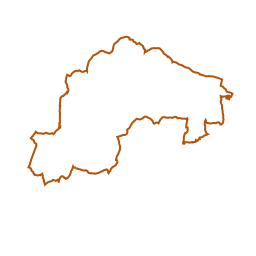 Varbilau, Prahova, Romania (Robinson projection), rotated 294°
{"feature_id": "2599482B35718345060420", "entity_name": "Varbilau", "entity_type": "district", "adm_level": 2, "iso_a3": "ROU", "parent_name": "Romania", "parent_adm1": "Prahova", "projection": "robinson", "projection_center": [25.962, 45.161], "detail": "fine", "context": "isolated", "style": "outline", "palette": "amber", "viewbox_px": 256, "rotation_deg": 294, "n_neighbors": 0, "source": "geoboundaries", "source_scale": "gbopen_adm2", "svg_char_len": 5808}
<svg xmlns="http://www.w3.org/2000/svg" viewBox="0 0 256 256"><g transform="rotate(294 128 128)"><path d="M210.5,194.3L210.7,192.8L210.5,192.2L210.3,189.3L209.7,184.7L208.5,181.5L208.3,180.5L207.6,179.7L207.2,178.8L206.3,172.9L206.1,172.3L206.4,172.1L206.2,171.6L206.9,170.0L206.9,169.7L206.0,166.2L205.9,164.0L206.6,162.3L207.4,159.2L206.8,154.7L207.3,152.4L207.1,152.3L207.2,151.5L206.8,148.7L207.1,147.7L207.4,145.4L207.1,143.1L206.6,142.1L206.2,141.9L207.0,141.5L208.6,139.2L209.7,135.9L209.1,135.5L210.1,133.4L210.4,130.6L210.9,129.9L211.5,129.7L213.6,124.7L213.3,123.2L212.1,120.8L211.7,119.5L210.2,117.0L209.7,117.0L209.2,116.4L207.9,115.7L206.4,114.2L205.8,114.1L204.6,113.1L205.0,112.5L204.4,112.4L206.6,111.6L206.7,110.4L207.3,110.1L207.5,109.4L208.1,109.3L208.8,108.3L209.2,107.3L209.5,105.7L210.1,104.5L210.1,104.2L209.9,103.9L210.1,103.7L209.6,103.3L209.3,102.8L208.8,102.5L208.2,101.7L208.8,100.8L209.3,99.3L209.2,97.9L209.6,97.4L210.3,96.9L210.5,96.5L210.4,96.0L210.1,95.0L209.6,94.4L209.5,93.5L210.5,92.7L211.0,92.6L211.0,90.3L210.6,89.3L210.0,88.3L207.1,84.9L205.4,83.9L203.6,83.6L201.3,82.5L201.2,82.3L200.0,81.8L199.3,81.4L198.4,81.3L196.0,81.6L194.5,82.1L192.0,82.4L191.0,82.1L189.1,80.9L188.4,80.3L188.5,79.4L188.3,78.6L188.3,77.6L188.0,75.7L188.3,74.8L188.3,74.2L188.2,73.5L187.6,72.4L186.0,70.8L184.0,70.1L183.7,69.6L182.1,68.6L180.0,66.7L177.1,66.3L173.7,65.2L172.9,65.1L168.5,65.8L167.2,66.1L166.1,66.1L163.1,67.5L163.4,66.9L162.5,65.4L160.9,64.1L160.7,63.4L160.6,62.2L161.0,60.2L160.1,59.6L159.7,58.5L158.6,56.5L156.0,55.0L154.7,54.6L153.0,54.5L152.3,54.3L151.7,53.4L151.9,52.4L151.9,50.8L148.6,51.2L146.0,52.0L145.2,51.9L141.6,55.7L141.0,55.7L140.5,55.9L139.0,57.8L138.5,58.2L137.0,58.5L135.3,58.3L135.7,57.5L133.9,57.3L133.0,56.8L132.6,56.3L131.9,56.3L130.8,55.8L130.0,54.6L127.8,54.0L127.2,54.4L126.1,54.6L125.2,55.2L123.1,55.7L122.2,56.2L120.8,56.5L120.8,56.9L119.7,57.2L119.6,57.4L117.3,58.1L115.2,58.9L114.6,59.5L111.1,61.0L107.1,62.7L105.1,63.7L104.4,63.9L104.3,63.4L102.4,64.3L101.2,64.6L101.8,65.4L100.9,65.5L100.7,65.8L96.5,63.6L95.4,63.2L93.4,62.9L92.1,62.4L92.5,60.9L90.6,58.5L90.3,55.0L88.8,53.7L87.9,52.3L87.8,50.8L87.3,49.9L86.7,47.9L86.8,46.2L87.1,45.3L85.2,45.1L83.4,44.5L82.0,44.4L81.4,44.0L79.2,43.4L78.7,44.8L78.6,46.4L78.4,46.9L77.4,47.7L76.5,48.8L76.4,49.1L76.3,50.4L76.2,50.6L74.6,51.5L61.0,52.3L52.7,53.4L52.6,53.0L51.6,53.1L51.7,54.0L51.6,55.5L51.3,55.7L50.9,56.5L49.9,57.1L49.5,57.8L49.4,59.0L49.0,59.6L48.2,59.9L47.9,60.7L47.1,61.8L47.8,62.7L47.7,63.6L47.9,64.9L49.0,66.2L49.3,67.2L51.3,68.3L49.3,69.8L49.0,69.8L47.5,70.9L47.1,71.2L47.0,71.7L45.6,72.7L45.0,72.8L44.9,73.2L42.4,75.2L43.9,75.8L45.6,76.8L46.1,77.1L48.6,80.0L50.1,80.5L50.4,83.6L50.9,84.1L52.1,84.6L52.4,85.3L50.7,86.4L50.7,86.6L54.3,86.2L56.1,86.5L57.0,87.1L57.3,87.9L57.3,88.4L57.1,89.2L56.5,90.3L56.8,91.4L56.3,91.9L56.6,92.3L57.5,93.1L60.7,93.9L62.9,94.0L65.4,93.6L67.6,93.8L70.4,93.5L69.9,94.0L69.8,94.6L70.5,95.6L70.2,96.3L70.0,97.6L70.4,98.3L70.3,99.5L70.7,101.1L71.1,104.8L72.2,106.7L72.1,107.0L72.3,107.4L72.1,108.0L72.1,108.6L71.5,109.1L71.0,110.3L71.2,111.4L71.2,111.9L72.1,113.4L72.0,113.8L72.3,114.9L73.0,116.3L73.0,116.8L75.1,119.5L76.4,120.4L77.9,122.0L78.9,122.8L79.6,123.1L80.6,124.5L81.3,125.0L81.2,125.3L81.4,125.8L81.1,126.8L80.1,127.7L79.2,128.1L78.8,128.6L80.6,128.9L81.7,129.3L83.3,129.0L84.2,129.2L86.1,129.8L87.1,130.7L88.9,131.9L90.6,132.0L91.7,132.4L92.1,132.4L92.6,132.2L93.3,131.5L94.1,131.0L93.9,130.1L94.6,129.8L97.7,129.3L98.9,129.4L100.0,129.7L101.6,129.5L104.4,129.5L106.3,129.0L107.7,128.4L110.2,126.3L112.1,125.3L112.8,124.5L113.6,123.9L115.5,121.9L115.9,122.5L117.2,123.7L117.9,124.8L119.5,126.0L120.1,127.5L120.8,128.5L122.2,129.2L123.1,129.3L123.9,129.2L124.8,128.8L126.0,127.9L128.6,129.3L129.4,129.5L132.0,129.4L135.2,130.1L135.8,130.6L136.8,130.7L137.6,131.3L139.8,132.0L140.2,132.8L140.4,134.9L141.1,135.9L142.7,137.5L144.2,138.0L145.4,138.9L145.6,139.5L145.8,141.9L145.5,142.6L145.6,144.8L144.5,147.5L142.7,149.5L142.6,149.8L142.7,150.4L142.9,150.6L144.0,151.1L144.4,151.5L144.9,152.9L144.7,154.0L147.5,154.0L149.1,154.2L152.0,155.3L152.8,157.2L153.3,159.8L154.9,162.5L155.0,163.1L155.3,163.7L155.3,164.4L156.8,165.8L157.6,167.0L157.7,167.9L157.1,168.9L157.1,169.4L158.1,171.3L158.4,172.9L159.1,175.0L159.5,175.7L159.8,177.0L161.0,178.2L160.4,178.7L159.4,179.0L159.2,178.8L158.7,179.1L157.2,179.5L156.3,179.5L153.1,180.5L152.2,180.9L152.5,181.3L152.7,182.3L151.1,182.9L149.8,183.7L147.8,183.5L146.9,182.8L146.6,182.8L146.6,182.5L146.3,182.6L145.2,182.2L142.1,182.8L139.9,183.8L137.8,184.1L136.2,184.6L136.4,185.7L136.5,185.8L138.3,185.9L140.2,191.3L141.3,192.2L141.4,192.5L141.1,193.1L142.1,194.1L142.5,195.0L142.9,195.0L143.2,195.5L144.6,195.0L144.6,195.4L144.1,195.6L144.6,196.7L144.9,196.9L145.6,196.8L146.6,197.5L147.0,198.1L147.5,197.6L148.4,197.3L149.0,198.3L150.2,199.8L151.9,200.6L153.7,202.5L154.8,203.4L154.8,202.9L155.4,201.4L157.6,199.2L158.5,198.7L159.1,198.7L160.5,198.1L161.7,197.3L162.3,196.6L165.2,195.6L166.9,195.6L166.5,196.1L165.0,197.2L164.7,197.7L165.2,200.0L165.9,202.1L167.6,204.4L168.0,206.0L169.1,207.1L170.1,208.5L169.9,209.5L168.9,210.9L168.8,211.4L170.4,212.4L171.5,212.6L172.3,212.5L173.1,212.1L174.5,211.9L175.7,211.0L178.6,209.7L180.7,208.1L181.5,207.8L184.6,205.8L186.9,204.7L188.6,202.8L189.9,201.9L190.4,201.7L192.1,201.8L192.9,201.3L193.5,200.5L194.8,199.8L194.7,200.7L194.8,201.0L195.1,201.0L195.3,201.7L195.3,202.3L196.0,203.2L196.4,204.1L197.3,205.0L197.4,205.3L196.3,205.3L195.8,205.5L196.6,206.1L198.3,206.2L198.3,206.6L197.9,206.7L195.2,206.5L195.4,208.7L198.4,208.2L198.2,208.7L198.4,209.5L201.8,209.5L202.0,207.5L201.9,206.3L201.4,204.8L201.4,203.3L201.7,202.9L202.6,202.2L203.2,201.4L203.3,199.9L204.4,197.8L204.1,195.7L205.3,195.2L210.5,194.3Z" fill="none" stroke="#b45309" stroke-width="2"/></g></svg>